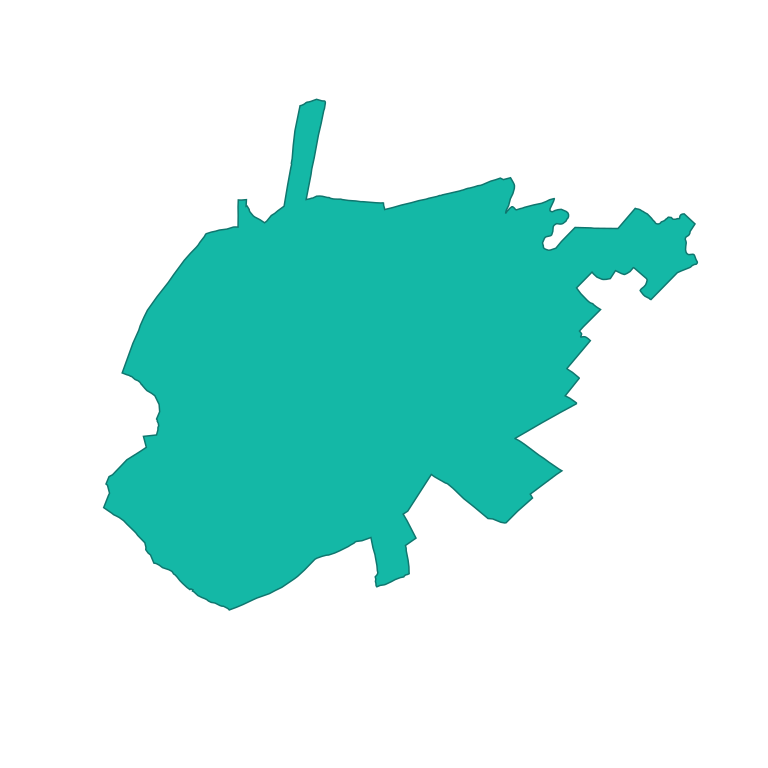 the district of Balasesti, Galati, Romania, rotated 111°
{"feature_id": "2599482B78270721119928", "entity_name": "Balasesti", "entity_type": "district", "adm_level": 2, "iso_a3": "ROU", "parent_name": "Romania", "parent_adm1": "Galati", "projection": "equal_earth", "projection_center": [27.624, 46.103], "detail": "fine", "context": "isolated", "style": "filled", "palette": "teal", "viewbox_px": 768, "rotation_deg": 111, "n_neighbors": 0, "source": "geoboundaries", "source_scale": "gbopen_adm2", "svg_char_len": 6159}
<svg xmlns="http://www.w3.org/2000/svg" viewBox="0 0 768 768"><g transform="rotate(111 384 384)"><path d="M308.2,604.2L310.6,604.5L317.6,606.6L321.0,607.3L323.8,608.3L331.5,611.6L340.1,614.8L357.1,619.5L366.5,621.8L384.0,627.2L399.9,631.3L407.3,632.0L416.7,632.5L421.7,632.2L436.0,633.0L467.5,632.4L467.5,627.1L467.3,625.4L467.6,623.2L467.4,622.4L469.0,618.0L469.1,614.7L469.9,612.3L471.5,610.2L471.4,609.7L472.0,609.0L473.9,605.5L475.1,603.0L476.0,597.5L477.1,593.7L483.7,586.6L490.3,583.5L498.2,583.8L499.1,582.6L500.1,582.3L501.5,580.7L503.9,579.3L505.4,579.5L508.0,578.6L513.1,578.1L519.1,589.8L528.3,583.2L534.8,587.8L546.9,596.9L566.0,604.9L569.0,607.5L577.0,607.7L577.6,605.9L584.3,601.1L587.0,601.3L599.9,601.4L602.1,592.0L602.9,589.6L603.1,586.9L603.5,583.4L604.9,578.1L607.0,573.7L611.1,564.1L612.1,562.0L613.6,559.7L617.9,550.4L621.8,547.7L624.1,547.0L626.4,543.5L627.2,540.8L633.7,534.6L633.3,532.9L633.3,531.9L633.7,528.7L634.8,525.0L634.5,518.2L634.9,515.0L635.5,513.9L636.7,512.4L637.1,510.5L638.4,507.9L640.6,504.3L642.4,500.4L644.5,495.1L645.5,491.5L644.5,490.9L644.6,488.6L645.9,488.7L646.1,487.1L648.2,481.9L648.6,477.5L648.6,474.8L648.8,472.2L649.5,470.2L649.8,467.1L649.1,463.7L649.1,462.7L649.6,457.8L649.5,455.8L649.0,454.2L649.5,449.6L649.9,448.3L650.4,447.5L645.2,441.6L640.4,436.6L631.8,428.4L629.3,425.9L620.8,415.9L615.5,411.3L610.4,406.5L597.9,397.8L594.5,395.7L586.2,391.6L572.4,385.7L570.7,384.3L567.1,380.1L564.5,376.5L563.5,374.4L559.4,369.4L555.6,365.6L548.4,359.0L546.4,357.6L543.2,354.9L541.8,354.3L541.3,353.8L540.9,353.4L538.2,348.4L532.0,341.2L541.0,335.5L546.5,331.3L548.7,330.0L556.1,325.5L560.7,323.3L562.2,322.2L563.9,322.0L565.5,322.4L567.0,323.1L568.0,322.6L568.8,321.8L571.5,321.2L573.0,320.1L574.8,319.3L575.4,318.8L575.9,318.0L573.4,315.4L571.5,312.0L570.6,310.8L566.0,306.4L562.6,303.5L558.9,299.4L557.0,296.4L556.2,296.3L554.6,295.5L553.4,293.8L552.2,292.6L551.8,292.6L550.9,293.1L545.8,295.2L539.8,298.4L531.7,303.5L529.3,304.5L527.1,306.1L516.4,298.9L503.3,313.6L498.6,319.5L494.2,316.3L451.5,307.4L452.5,303.6L453.5,297.2L454.4,291.3L454.3,289.1L456.6,282.3L462.5,268.4L466.4,256.0L472.3,238.7L471.0,234.1L471.2,225.4L470.5,221.6L469.8,220.3L454.9,213.7L437.2,204.5L434.4,208.0L406.7,190.6L401.3,186.8L400.7,190.3L397.9,202.0L396.3,207.6L394.9,213.9L390.3,229.9L389.0,235.1L388.4,238.1L388.0,242.1L387.7,242.1L363.9,222.9L347.9,209.6L333.5,197.3L332.7,197.6L332.3,199.0L330.7,205.4L330.1,210.6L308.7,203.8L308.4,204.0L307.8,205.7L305.6,212.2L304.4,218.1L304.0,218.8L269.6,206.9L268.6,209.4L268.0,211.6L267.9,213.3L268.3,214.7L269.6,216.9L269.4,217.3L267.0,217.3L266.1,217.7L264.5,220.5L259.1,218.4L236.9,208.5L235.9,213.3L234.9,216.5L234.2,217.9L234.3,220.1L234.1,221.3L233.2,223.9L229.1,232.7L225.3,238.7L205.0,229.9L206.2,227.8L207.9,223.5L208.1,218.4L207.9,216.9L206.7,214.1L204.5,210.5L195.2,208.5L195.8,201.9L195.7,199.4L195.5,198.6L193.7,196.8L190.8,194.6L186.2,193.0L185.9,192.6L186.2,191.5L191.5,176.8L192.5,175.6L195.1,175.3L197.6,175.3L200.1,176.2L203.0,177.9L204.8,178.4L205.4,177.8L207.7,174.0L208.5,171.9L208.9,168.4L208.9,167.5L209.5,166.0L209.5,165.0L174.9,150.0L171.7,146.8L165.7,140.3L164.8,139.6L163.1,138.8L161.3,137.2L160.2,135.4L159.2,135.0L158.3,135.0L157.7,135.3L155.9,137.4L153.1,139.8L152.2,140.9L152.1,141.4L152.2,142.2L154.0,145.8L154.0,147.0L153.6,148.1L152.6,149.3L150.6,150.6L147.4,151.6L144.0,152.4L142.6,153.2L141.0,154.6L139.6,154.9L138.3,154.6L136.5,153.2L135.2,152.6L133.4,152.5L132.0,152.9L123.1,151.0L117.6,164.7L118.5,166.5L119.8,167.6L121.2,167.9L123.5,167.4L123.8,167.6L124.4,169.2L125.8,171.0L126.5,172.9L126.5,173.7L125.6,175.4L126.3,178.2L126.9,178.7L127.9,179.0L128.9,179.8L130.7,180.6L131.8,181.5L133.3,183.2L135.1,183.8L136.3,185.2L136.6,186.1L136.7,187.7L136.4,188.4L135.5,189.5L134.8,191.3L133.3,193.8L130.9,199.0L130.5,202.4L130.1,203.5L130.1,204.6L129.5,207.6L129.6,209.2L130.0,211.3L130.0,212.4L155.0,221.3L163.4,243.9L164.0,246.4L169.4,261.7L187.3,269.4L195.6,272.2L199.5,276.9L200.2,278.5L200.3,281.6L200.0,283.2L199.2,284.2L198.0,284.7L196.2,286.1L195.3,286.6L190.4,286.4L189.2,286.0L188.3,285.2L186.3,282.2L185.6,281.4L184.6,280.9L181.0,281.1L176.9,282.3L175.5,282.3L174.3,281.8L172.4,280.3L171.7,277.3L171.2,276.0L170.6,275.1L169.9,274.4L166.8,272.5L164.4,272.3L163.5,271.8L161.7,271.7L159.9,272.3L158.5,273.5L158.1,274.2L157.6,276.0L157.4,281.1L158.9,284.0L159.6,285.0L160.8,286.6L162.7,288.3L163.0,289.1L163.0,290.6L162.4,291.3L160.9,291.8L152.7,291.2L150.5,291.3L150.0,291.4L149.9,291.6L152.7,295.5L155.5,298.0L158.8,301.6L163.1,308.3L168.7,316.1L170.4,318.0L171.2,319.3L173.9,322.7L174.0,323.3L173.9,323.9L173.1,325.2L172.4,327.3L172.7,328.2L175.2,329.7L176.9,330.2L178.5,331.0L180.6,331.4L180.7,331.7L179.7,332.0L177.6,332.1L172.7,331.6L165.9,332.4L160.0,331.9L154.7,332.4L152.2,333.2L150.9,334.1L149.4,335.7L146.1,339.8L150.4,345.8L150.1,349.2L153.4,353.1L156.4,357.1L162.9,363.8L163.9,365.0L165.3,367.5L167.5,370.2L170.3,374.1L171.2,375.7L172.5,377.4L174.3,379.4L175.5,381.1L176.7,382.6L186.7,397.5L187.4,398.1L188.2,399.8L189.9,401.7L194.6,408.8L196.4,411.0L200.4,417.3L205.0,423.5L210.8,432.0L216.1,439.0L220.9,445.9L219.2,446.9L217.6,448.2L215.2,449.4L215.4,450.2L216.1,451.7L217.5,455.9L221.4,469.2L222.1,471.0L223.2,475.8L225.4,483.0L226.8,489.2L226.9,490.6L227.8,492.8L229.3,497.2L229.8,500.3L229.6,502.0L230.2,503.9L230.8,508.6L231.5,511.2L232.8,514.2L236.0,517.2L236.6,518.4L237.8,519.8L239.7,522.8L214.7,527.2L209.1,528.5L197.9,530.2L175.3,534.4L163.0,536.1L150.5,538.2L148.1,538.3L142.5,539.5L141.5,540.1L141.1,540.8L141.9,543.4L142.4,549.0L146.4,553.6L147.7,555.4L148.5,556.9L148.8,556.9L149.5,557.8L149.9,557.9L151.8,559.2L153.4,560.8L154.3,562.1L179.5,557.9L193.9,554.2L206.5,550.5L211.3,549.6L211.9,549.0L215.5,548.5L233.1,545.2L253.8,541.0L260.3,545.2L263.8,547.1L267.1,549.6L274.1,551.9L276.3,553.3L275.1,558.5L274.4,564.6L273.9,566.3L271.5,570.6L270.7,571.6L269.3,572.5L266.9,575.6L267.6,576.4L261.2,578.5L263.5,583.3L264.4,586.0L271.0,583.7L279.0,580.5L289.8,576.5L290.8,579.4L291.5,580.9L295.7,586.2L299.3,592.9L301.7,596.0L304.1,599.7L307.4,603.8L308.2,604.2Z" fill="#14b8a6" stroke="#0f766e" stroke-width="1.5"/></g></svg>